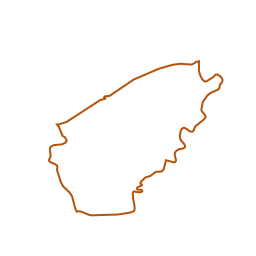 outline of Bari, rotated 308°
{"feature_id": "ITA-5403", "entity_name": "Bari", "entity_type": "Province", "adm_level": 1, "iso_a3": "ITA", "parent_name": "Italy", "parent_adm1": "", "projection": "albers", "projection_center": [16.754, 40.964], "detail": "fine", "context": "isolated", "style": "outline", "palette": "amber", "viewbox_px": 256, "rotation_deg": 308, "n_neighbors": 0, "source": "natural_earth", "source_scale": "10m", "svg_char_len": 1936}
<svg xmlns="http://www.w3.org/2000/svg" viewBox="0 0 256 256"><g transform="rotate(308 128 128)"><path d="M87.0,69.9L88.6,71.5L95.0,75.9L133.2,89.0L136.5,91.8L137.6,91.8L137.6,90.2L138.6,90.2L142.0,93.7L169.8,102.7L193.5,115.7L205.4,124.3L210.9,129.8L217.0,138.9L219.2,140.1L221.9,140.9L224.3,142.8L216.7,148.7L213.8,152.7L212.3,155.9L211.9,157.6L211.9,159.5L212.4,160.6L213.4,161.2L220.8,163.9L223.3,164.1L224.3,164.4L225.2,165.8L225.5,168.0L225.3,170.4L224.5,172.4L223.2,173.5L221.6,173.9L218.2,173.9L216.0,175.4L213.6,175.3L206.8,171.6L202.6,170.5L194.6,170.9L187.6,174.5L186.6,175.9L185.8,179.8L185.2,181.6L184.3,182.5L181.1,182.5L171.1,180.1L168.9,180.4L166.7,181.2L164.8,181.1L163.5,179.1L163.3,174.7L163.0,172.7L161.7,171.2L160.3,170.9L158.6,171.2L153.7,173.6L152.1,175.3L150.8,177.4L150.0,181.9L149.4,183.5L148.3,184.5L146.6,184.5L145.6,183.9L142.9,181.4L139.9,180.2L138.4,180.1L136.9,180.4L135.8,181.2L132.1,185.7L131.2,186.1L130.3,186.1L129.2,185.4L126.0,177.8L117.3,181.6L114.6,181.4L111.1,177.5L110.6,177.0L109.5,176.6L104.4,175.3L101.1,173.3L100.5,172.6L99.2,172.1L93.7,171.3L92.3,171.6L91.7,172.2L91.9,172.9L92.0,173.6L91.7,174.1L90.8,174.1L87.9,172.3L86.8,172.0L85.7,172.3L85.4,172.9L85.4,173.5L85.7,174.1L87.0,175.8L87.4,176.4L87.6,177.0L87.5,177.7L87.0,178.2L86.2,178.1L85.2,177.4L83.7,175.7L82.6,173.6L82.1,172.3L81.7,171.8L81.1,171.5L80.2,171.7L79.7,171.9L79.2,172.2L75.6,175.4L72.0,179.6L69.0,182.5L67.8,183.3L66.5,183.9L65.0,183.3L62.7,181.8L53.6,173.3L38.3,154.9L36.6,152.9L35.4,150.2L33.5,143.4L33.0,142.0L32.3,140.8L31.6,139.9L30.5,139.0L32.4,135.5L39.7,126.1L41.2,121.6L42.1,112.7L44.1,108.3L51.3,97.8L54.2,96.1L54.8,94.8L54.5,92.1L53.5,88.9L53.2,87.3L53.7,85.8L54.4,85.3L57.5,84.7L58.9,83.8L62.7,79.9L64.1,78.9L65.8,78.7L69.0,80.2L74.4,86.0L77.6,87.6L79.0,87.8L79.9,87.7L80.5,87.1L81.3,85.6L81.9,84.0L81.7,82.9L81.5,82.0L81.5,81.2L86.3,73.0L87.0,69.9Z" fill="none" stroke="#b45309" stroke-width="2"/></g></svg>